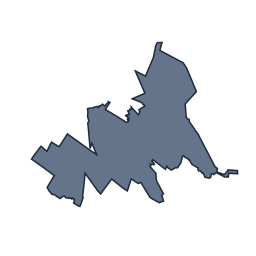 the district of Cerritos, San Luis Potosí, Mexico, rotated 170°
{"feature_id": "50627088B46085416470033", "entity_name": "Cerritos", "entity_type": "district", "adm_level": 2, "iso_a3": "MEX", "parent_name": "Mexico", "parent_adm1": "San Luis Potosí", "projection": "equal_earth", "projection_center": [-100.272, 22.419], "detail": "fine", "context": "isolated", "style": "filled", "palette": "slate", "viewbox_px": 256, "rotation_deg": 170, "n_neighbors": 0, "source": "geoboundaries", "source_scale": "gbopen_adm2", "svg_char_len": 4347}
<svg xmlns="http://www.w3.org/2000/svg" viewBox="0 0 256 256"><g transform="rotate(170 128 128)"><path d="M219.4,122.9L219.9,122.4L222.6,119.9L225.8,116.9L228.4,114.1L222.5,108.1L217.5,103.1L208.9,94.0L216.4,85.3L218.0,83.4L217.5,82.1L216.6,79.6L215.7,78.3L214.6,76.0L211.1,74.5L210.7,74.0L210.4,72.9L209.6,72.7L208.5,71.7L207.9,70.7L207.6,70.4L206.2,70.6L204.9,71.6L202.7,72.1L202.1,71.8L201.6,70.2L200.7,69.8L199.8,69.8L198.9,69.2L197.6,68.8L196.7,69.3L196.4,68.9L195.9,68.0L194.9,68.7L194.5,67.9L194.1,68.1L194.0,67.8L193.8,67.2L193.5,67.4L193.0,66.3L193.9,64.8L194.6,63.6L193.7,62.8L192.7,61.9L191.3,60.6L190.7,60.1L189.0,59.1L186.7,62.9L184.3,67.1L184.8,67.5L184.5,68.6L184.0,70.4L183.1,73.3L180.6,82.1L178.1,90.9L172.8,79.9L168.7,71.3L166.4,67.8L161.7,72.3L158.1,75.7L153.0,80.6L143.6,69.9L139.6,66.1L133.6,77.3L127.5,71.5L124.8,72.2L124.1,70.4L123.4,68.6L118.3,55.6L114.6,52.5L110.2,49.0L105.7,49.8L106.4,55.9L104.5,57.0L106.4,62.7L109.2,71.6L108.6,76.7L108.4,78.6L113.0,86.2L111.7,87.5L112.3,88.2L108.5,87.5L108.2,87.9L108.9,89.1L110.2,91.4L109.0,92.5L98.3,80.8L96.5,83.7L96.1,82.7L95.8,82.2L92.7,79.0L88.3,80.6L86.1,80.2L82.1,84.4L79.1,90.7L78.9,90.7L78.7,90.9L78.5,91.1L78.4,91.1L78.2,91.1L77.9,90.8L77.8,90.7L77.6,90.5L77.5,90.3L77.4,90.1L77.4,89.8L77.3,89.7L77.2,89.6L77.0,89.4L76.8,89.3L76.7,89.2L76.5,88.7L76.4,88.6L76.2,88.5L75.8,88.5L75.4,88.4L75.2,88.3L74.9,88.1L74.8,87.9L74.7,87.8L74.6,87.6L74.5,87.3L74.0,86.9L74.0,86.7L73.9,86.4L73.8,86.1L73.7,86.0L73.6,85.9L73.4,85.8L73.2,85.8L72.9,85.9L72.8,85.7L72.8,85.4L72.8,85.2L72.7,85.0L72.6,84.8L72.6,84.6L72.6,84.3L71.3,81.0L67.5,77.8L65.9,76.5L66.0,76.2L66.2,75.9L66.2,75.7L66.2,75.4L66.2,75.2L66.3,75.0L66.3,74.9L66.3,74.7L66.2,74.5L66.2,74.3L66.1,74.0L66.0,73.8L66.0,73.7L65.9,73.6L65.7,73.5L65.7,73.4L65.4,73.4L65.2,73.4L64.8,73.3L64.5,73.3L64.4,73.3L64.3,73.2L64.2,73.2L63.9,72.9L63.8,72.5L63.6,72.3L63.2,71.7L62.8,71.2L62.7,71.2L62.4,71.1L62.4,70.9L62.5,70.8L62.4,70.8L62.1,70.6L61.9,70.6L61.6,69.6L61.3,68.7L60.9,66.3L57.4,64.7L56.5,64.6L55.5,64.8L54.8,65.7L54.2,67.6L53.9,67.8L53.7,68.4L51.1,67.8L51.2,67.5L48.6,68.7L41.5,63.1L37.7,62.3L36.7,65.9L28.0,63.9L27.6,67.1L36.9,69.4L37.1,68.7L41.2,65.5L48.2,69.2L46.9,72.5L49.1,75.1L58.9,106.0L60.1,110.1L60.4,110.6L62.1,114.0L65.0,120.4L66.5,123.7L66.3,125.7L66.4,125.9L68.1,127.0L68.2,127.3L68.8,128.6L67.6,140.6L67.5,141.7L59.5,148.0L54.3,151.9L54.9,154.7L56.4,161.5L58.5,170.8L59.8,176.6L61.9,181.6L62.3,182.6L83.1,198.8L80.7,204.2L79.6,206.3L84.3,207.0L86.5,204.2L87.5,201.3L90.9,192.8L92.7,190.0L101.8,176.1L110.9,182.9L105.3,159.3L106.3,159.0L116.5,156.6L118.8,156.0L110.7,151.1L110.1,150.8L110.0,150.6L109.9,150.3L109.7,149.9L109.6,149.2L108.9,148.5L107.7,147.3L107.6,147.2L107.4,146.8L114.1,144.1L114.0,143.9L113.9,143.6L113.8,143.4L113.7,143.2L113.8,143.0L113.7,142.9L113.7,142.7L113.4,142.4L113.4,142.2L113.7,141.7L114.1,141.1L114.4,140.7L114.5,140.5L114.6,140.3L114.9,139.9L115.0,139.7L115.1,139.4L115.3,139.1L118.6,144.0L121.2,148.2L121.4,145.9L123.0,146.1L123.0,145.3L123.4,145.3L123.5,145.0L125.2,145.0L124.8,143.0L124.3,141.1L124.9,141.1L125.9,141.1L127.0,141.1L127.9,140.8L127.9,139.9L127.2,139.8L127.0,140.4L126.9,140.2L127.0,140.1L126.2,137.5L125.5,138.0L125.7,136.0L127.0,136.5L126.5,134.4L126.8,134.3L126.8,134.2L128.6,133.9L128.7,134.0L129.6,134.7L130.3,135.4L134.6,139.3L136.9,141.3L137.1,141.5L139.6,143.6L141.0,144.9L141.9,145.7L142.4,146.2L142.6,146.4L142.9,146.6L143.3,146.8L144.8,148.3L145.3,148.6L147.1,150.2L146.1,151.2L145.3,152.1L144.5,152.9L142.9,154.7L141.4,156.2L142.7,157.4L143.1,156.6L144.2,155.9L145.3,155.2L146.3,154.5L147.4,153.8L147.9,154.5L149.0,155.9L149.9,155.3L150.2,155.1L150.6,155.0L151.0,154.9L151.5,154.9L151.7,154.6L152.0,154.8L152.4,154.5L153.2,153.6L153.5,153.2L153.9,153.8L153.8,154.0L153.6,154.2L153.9,154.3L153.9,154.5L154.8,154.5L155.4,154.5L158.3,154.3L158.6,154.2L158.8,154.0L159.0,153.8L160.9,153.9L161.2,154.1L161.7,154.3L164.5,154.1L164.8,150.4L165.5,147.6L165.7,146.9L165.8,145.6L165.8,145.4L165.1,141.5L166.7,140.2L167.1,135.1L168.9,114.4L166.3,119.3L163.5,107.3L170.3,113.8L175.9,119.6L180.7,124.5L180.9,124.7L188.7,132.7L189.9,131.5L191.3,129.9L192.1,129.0L192.8,128.3L194.1,126.9L195.3,125.5L196.3,124.5L198.1,122.6L199.1,121.5L205.9,127.4L211.9,119.1L216.8,125.1L217.6,124.6L219.1,123.1L219.4,122.9Z" fill="#64748b" stroke="#1e293b" stroke-width="1.5"/></g></svg>